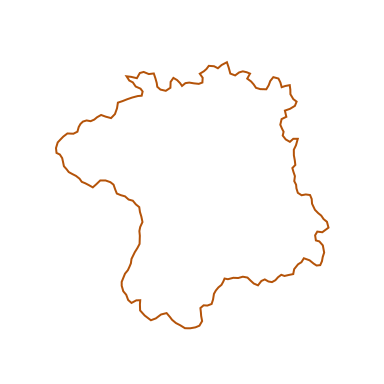 Betim, Minas Gerais, Brazil (Albers equal-area conic projection), rotated 193°
{"feature_id": "56859067B86434852333511", "entity_name": "Betim", "entity_type": "district", "adm_level": 2, "iso_a3": "BRA", "parent_name": "Brazil", "parent_adm1": "Minas Gerais", "projection": "albers", "projection_center": [-44.196, -19.942], "detail": "fine", "context": "isolated", "style": "outline", "palette": "amber", "viewbox_px": 384, "rotation_deg": 193, "n_neighbors": 0, "source": "geoboundaries", "source_scale": "gbopen_adm2", "svg_char_len": 2953}
<svg xmlns="http://www.w3.org/2000/svg" viewBox="0 0 384 384"><g transform="rotate(193 192 192)"><path d="M226.0,70.3L221.9,73.9L218.1,74.9L217.5,70.9L215.9,64.9L210.3,61.0L206.8,59.4L203.2,57.8L198.8,60.7L194.6,65.7L189.5,68.3L185.2,65.1L182.7,63.0L178.2,60.7L173.5,59.5L168.2,57.7L163.1,58.8L158.2,60.9L154.7,63.4L153.1,68.5L155.2,73.3L156.3,76.8L157.7,80.8L155.2,84.2L151.5,84.8L147.7,87.3L147.3,92.0L147.7,97.7L146.6,101.4L144.8,105.0L142.4,108.1L141.4,111.6L140.8,115.0L137.4,115.1L132.4,117.7L127.6,118.6L123.4,120.9L118.7,121.1L115.1,118.9L111.2,116.7L106.7,115.9L104.4,120.9L101.4,123.2L97.4,122.0L93.8,122.2L90.9,124.8L89.0,128.3L86.4,131.4L83.0,131.0L79.5,132.7L74.9,134.8L75.1,139.8L72.4,145.4L69.6,148.2L68.1,152.6L62.1,151.9L57.4,149.6L54.1,148.4L50.6,149.6L49.8,153.8L50.0,158.0L49.6,162.7L52.5,169.4L56.8,172.5L60.4,172.7L62.3,177.5L61.0,181.6L56.0,182.1L51.0,188.0L53.8,193.3L57.7,195.2L60.8,198.1L64.3,199.8L68.2,202.3L72.4,207.6L73.8,212.1L76.3,215.6L80.6,215.2L84.5,213.5L88.7,215.0L91.1,219.1L92.2,222.5L94.8,225.6L95.3,230.6L97.6,234.3L99.6,237.9L97.4,241.6L98.9,245.8L101.0,250.7L102.3,256.1L101.2,260.9L100.9,267.6L105.3,266.6L107.9,262.9L112.5,264.3L116.3,267.4L116.3,271.3L118.5,273.9L121.1,277.4L121.1,283.2L117.0,286.5L119.8,292.2L115.2,295.1L111.1,299.1L110.4,303.6L114.2,305.3L118.1,309.4L119.2,313.8L120.8,318.1L124.9,316.3L128.2,314.3L130.5,318.6L133.3,322.0L138.6,322.2L140.7,317.8L141.3,313.2L142.7,308.8L148.6,307.6L153.1,307.9L156.1,310.7L159.3,313.0L163.7,314.9L162.1,320.4L165.6,321.0L169.6,321.0L173.0,319.1L176.2,315.3L181.3,316.0L184.3,321.6L187.2,326.3L191.7,322.4L194.6,318.4L198.8,319.5L204.0,318.7L205.6,315.1L207.6,312.3L211.0,309.0L207.3,305.7L206.5,301.0L209.7,298.9L214.6,298.3L219.3,298.0L222.9,296.6L225.6,293.1L228.1,295.4L231.7,297.7L235.8,299.0L237.6,294.5L236.5,288.7L240.3,284.7L245.8,284.7L249.5,286.7L250.9,290.3L253.2,294.5L255.9,298.9L260.6,297.2L266.1,298.1L269.6,296.2L271.3,290.5L277.3,290.5L281.8,290.0L278.2,286.5L274.3,285.5L270.6,282.1L265.4,281.1L262.7,278.8L262.7,274.5L266.4,273.3L271.5,270.6L276.0,267.8L280.2,264.9L284.3,262.4L283.9,256.7L284.6,250.6L287.5,245.8L293.1,246.0L297.9,246.6L301.3,243.5L303.5,240.6L306.7,238.2L310.8,238.0L314.1,236.1L316.0,233.2L317.0,229.8L317.2,225.0L320.7,222.1L326.6,221.0L329.9,217.0L331.9,213.7L334.0,210.1L334.4,204.2L332.8,199.6L329.2,198.8L326.1,195.8L324.3,192.0L322.6,188.3L319.5,186.1L316.6,183.7L312.7,182.6L308.7,181.6L304.6,179.7L301.7,177.1L298.0,176.5L294.1,175.5L289.7,174.2L287.0,178.0L284.0,182.6L278.9,183.8L273.7,183.2L270.1,181.5L267.4,177.2L264.9,173.6L260.6,172.9L256.3,172.7L252.1,170.4L247.7,170.2L243.9,167.3L240.0,165.4L238.2,160.8L235.8,156.6L233.5,151.6L234.6,146.3L234.5,142.1L233.0,137.7L231.4,129.6L232.6,125.1L234.2,120.5L235.9,113.2L235.5,108.7L236.1,105.2L236.9,101.4L238.9,97.4L239.6,93.0L240.3,88.6L239.4,84.8L236.6,79.8L233.0,77.1L229.9,72.4L226.0,70.3Z" fill="none" stroke="#b45309" stroke-width="2"/></g></svg>